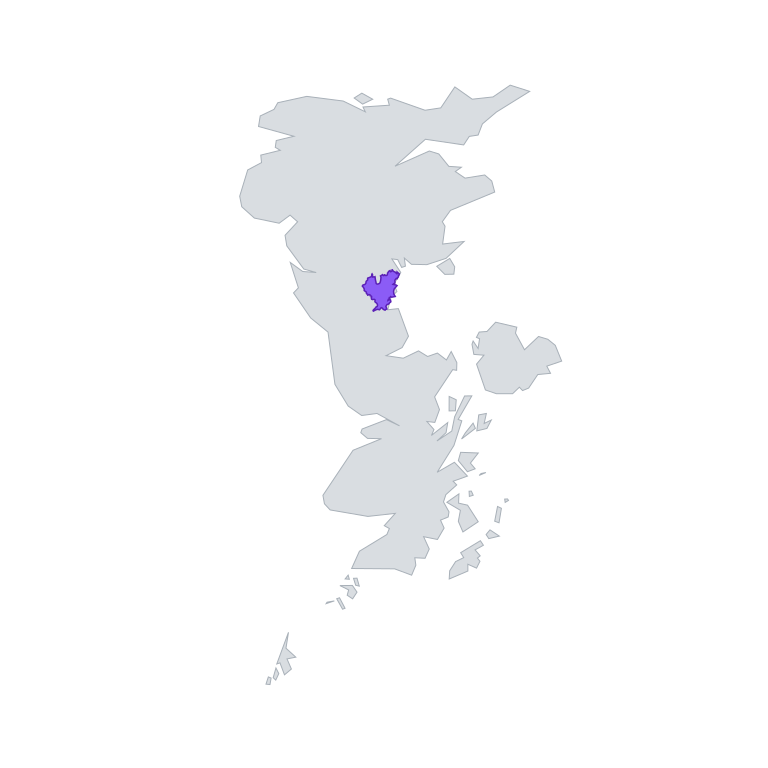 Lancashire highlighted on a map of United Kingdom, rotated 189°
{"feature_id": "GBR-2123", "entity_name": "Lancashire", "entity_type": "Administrative County", "adm_level": 1, "iso_a3": "GBR", "parent_name": "United Kingdom", "parent_adm1": "", "projection": "albers", "projection_center": [-2.621, 53.865], "detail": "fine", "context": "in_parent", "style": "filled", "palette": "violet", "viewbox_px": 768, "rotation_deg": 189, "n_neighbors": 0, "source": "natural_earth", "source_scale": "10m", "svg_char_len": 5699}
<svg xmlns="http://www.w3.org/2000/svg" viewBox="0 0 768 768"><g transform="rotate(189 384 384)"><path d="M407.2,600.8L375.7,621.2L365.9,619.8L354.0,609.1L341.5,610.2L346.8,605.0L336.2,600.0L317.2,606.2L309.3,601.3L304.7,590.9L345.5,565.9L351.8,553.4L348.4,549.4L348.0,531.4L327.2,537.3L342.4,517.8L360.3,508.6L375.6,506.5L383.6,511.6L381.3,503.7L384.8,501.9L389.9,509.0L395.8,508.8L384.9,496.8L389.8,484.0L385.7,477.4L390.7,470.6L391.9,457.9L381.6,460.7L367.3,435.0L371.8,422.8L386.4,412.3L369.0,412.5L355.1,422.1L345.2,418.0L336.1,422.9L326.1,417.5L322.7,426.6L315.4,416.5L314.4,408.9L318.4,408.9L332.0,379.2L325.2,367.4L327.8,354.0L335.8,353.7L327.5,346.8L329.1,340.6L315.0,355.9L315.1,345.6L322.8,336.0L309.7,348.1L309.1,362.7L302.5,384.8L295.4,386.0L305.2,360.6L301.4,359.8L305.3,334.3L317.7,305.1L302.2,317.7L287.2,306.1L300.5,298.8L296.4,295.7L305.6,284.4L306.8,276.8L299.8,267.9L299.8,262.7L306.9,258.4L302.1,251.1L306.9,238.8L321.0,239.4L313.5,228.1L316.2,218.3L326.4,217.2L324.2,210.0L326.8,199.5L344.6,203.1L387.1,196.7L382.1,215.0L357.6,235.8L356.1,242.1L361.6,244.1L352.6,258.0L379.2,250.7L417.5,251.2L424.1,256.4L426.9,264.5L404.2,313.7L377.9,329.6L391.8,327.7L399.3,332.3L398.6,336.1L376.0,349.2L362.1,345.1L386.3,353.8L401.1,349.4L415.9,356.6L432.4,376.0L447.4,426.5L466.8,437.8L487.6,459.8L483.6,465.6L495.6,489.4L481.9,482.4L468.4,483.5L481.2,485.0L501.6,505.2L505.0,515.4L494.7,530.7L503.2,536.1L512.7,526.4L538.0,527.6L552.2,536.8L555.9,546.9L552.1,574.1L539.6,583.5L541.5,590.8L523.0,598.6L528.4,600.7L528.5,607.6L511.7,614.6L548.2,618.7L548.2,629.4L535.6,638.0L532.9,645.2L505.3,656.0L468.6,657.1L445.0,649.9L448.1,654.3L422.3,660.2L424.9,665.9L422.2,667.4L386.3,660.8L371.1,665.6L360.5,688.5L341.4,679.1L321.2,684.6L306.1,698.9L285.9,695.8L315.5,670.2L327.5,656.3L330.0,644.6L338.5,641.9L342.7,632.6L381.4,632.2L407.2,600.8ZM283.4,462.5L261.7,460.9L262.1,454.8L250.6,439.8L238.8,455.1L229.2,453.8L220.9,449.0L212.1,434.4L226.0,427.1L221.2,420.6L233.6,417.4L240.5,402.6L246.1,399.2L249.8,402.0L255.5,394.5L271.5,392.0L282.9,394.0L295.7,418.1L289.8,428.1L299.9,427.3L303.3,437.0L302.7,440.4L296.6,433.8L296.7,443.7L300.0,444.5L298.1,450.2L290.5,452.0L283.4,462.5ZM289.9,209.8L285.5,219.8L278.1,225.0L281.9,229.4L264.3,244.3L260.6,240.3L268.1,234.4L262.1,229.3L264.5,226.7L261.5,223.9L263.8,216.6L273.0,219.1L271.9,212.4L289.1,201.6L289.9,209.8ZM289.1,260.0L288.8,271.2L303.4,277.0L292.8,287.2L291.7,278.0L282.5,277.4L269.4,262.7L282.9,250.2L289.1,260.0ZM436.8,81.2L443.1,92.3L446.1,90.7L439.5,123.8L439.5,107.7L428.4,100.4L436.8,97.3L430.9,88.0L436.8,81.2ZM297.6,328.5L280.1,330.6L286.3,319.4L280.7,314.5L287.9,310.4L298.6,320.0L297.6,328.5ZM341.1,501.8L350.3,508.5L338.7,518.3L332.5,510.8L332.2,503.4L341.1,501.8ZM285.0,352.2L285.6,368.3L278.3,370.9L278.9,360.7L272.4,365.2L275.4,356.2L285.0,352.2ZM387.3,169.6L386.7,175.1L396.0,178.0L383.7,180.1L378.1,174.2L381.4,166.9L387.3,169.6ZM317.7,381.9L310.2,379.7L309.3,368.7L315.5,367.6L317.7,381.9ZM458.2,661.8L451.4,667.8L439.7,663.5L448.9,657.1L458.2,661.8ZM289.9,359.3L286.8,354.5L298.8,341.8L296.1,348.3L289.9,359.3ZM256.3,247.7L259.6,251.3L256.5,256.5L246.3,251.8L256.3,247.7ZM252.7,280.8L248.6,279.6L248.7,264.9L253.2,265.8L252.7,280.8ZM446.3,86.6L442.6,81.5L444.6,74.6L447.5,76.6L446.3,86.6ZM397.1,164.5L394.5,165.9L387.4,156.4L389.7,155.1L397.1,164.5ZM383.7,187.3L380.3,188.0L376.8,180.5L380.5,180.8L383.7,187.3ZM453.6,69.1L452.4,76.6L449.5,75.9L449.6,69.3L453.6,69.1ZM406.1,159.6L399.1,162.0L406.8,158.0L406.1,159.6ZM283.2,291.4L281.0,291.9L278.5,288.1L282.1,286.3L283.2,291.4ZM391.9,185.4L389.5,189.6L387.7,185.7L391.9,185.4ZM274.1,310.8L269.5,312.5L275.7,308.6L274.1,310.8ZM246.8,289.2L244.0,289.8L242.8,288.5L245.8,286.0L246.8,289.2Z" fill="#d9dde1" stroke="#a8b0b8" stroke-width="1"/><path d="M389.0,485.3L390.3,484.4L390.7,483.8L387.7,483.7L386.5,483.2L388.8,479.5L389.1,477.2L388.4,474.4L386.6,472.2L389.8,471.0L390.4,471.0L390.8,471.3L391.1,471.4L391.2,471.2L391.3,470.8L391.6,470.5L391.9,470.3L392.2,470.2L391.8,469.5L393.0,468.3L393.1,467.3L392.5,467.8L391.9,468.0L390.9,468.1L390.7,468.0L390.2,466.7L390.1,466.3L390.3,465.9L390.7,465.6L391.0,465.3L391.7,464.1L392.2,463.5L393.3,463.1L393.7,462.5L394.3,460.9L393.8,460.1L392.9,458.5L393.0,458.4L393.8,458.1L394.5,457.1L396.5,457.6L397.3,458.6L398.6,459.0L398.9,458.8L399.1,458.1L400.1,456.6L401.9,456.8L403.4,456.1L405.9,454.3L406.3,454.8L406.1,455.5L404.1,458.2L403.9,458.9L402.9,459.4L402.7,460.8L403.0,461.6L403.8,462.6L405.6,463.6L405.9,464.1L405.9,465.5L406.3,465.9L407.0,466.1L408.6,465.6L409.5,465.8L409.7,466.1L409.8,467.0L410.1,467.2L409.8,468.1L410.2,468.8L411.4,468.9L411.9,470.0L412.3,470.0L413.9,469.3L413.9,469.9L414.1,470.1L415.2,470.3L415.6,470.9L415.8,472.0L418.2,473.2L418.4,474.8L419.5,476.3L420.7,477.2L420.6,478.0L420.2,478.5L418.5,479.3L417.7,480.5L417.7,482.6L416.4,484.3L416.7,485.5L416.7,486.0L414.1,487.5L413.4,488.1L413.1,489.0L413.2,490.5L413.0,490.9L412.4,490.2L412.2,487.9L411.8,487.8L410.5,488.4L409.6,487.8L409.5,488.0L409.3,487.4L408.7,485.4L408.0,483.7L407.4,482.0L406.4,481.6L405.6,481.8L404.7,482.3L404.1,482.8L403.7,483.7L403.6,484.8L403.5,486.2L403.6,487.3L403.6,488.6L404.1,489.7L404.4,490.2L402.5,491.8L401.9,491.1L401.4,491.0L400.5,492.0L400.3,492.0L399.9,491.4L398.4,491.6L398.1,491.8L397.7,493.2L397.9,494.1L397.4,494.8L397.1,495.9L395.8,497.0L395.3,496.0L394.9,495.9L394.0,496.6L393.9,497.1L393.9,498.0L393.6,498.1L392.7,497.1L391.9,496.6L390.7,496.3L390.3,496.2L388.7,494.9L388.3,495.0L388.6,496.7L386.0,495.1L386.1,494.1L386.5,493.7L386.7,493.0L386.5,492.1L387.3,490.9L387.3,490.1L387.7,490.0L388.4,490.2L389.5,488.2L389.0,485.6L389.0,485.4L389.0,485.3Z" fill="#8b5cf6" stroke="#5b21b6" stroke-width="1.5"/></g></svg>